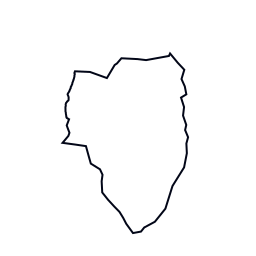 outline of Zereg, Hovd, Mongolia, rotated 33°
{"feature_id": "93677404B75624012027982", "entity_name": "Zereg", "entity_type": "district", "adm_level": 2, "iso_a3": "MNG", "parent_name": "Mongolia", "parent_adm1": "Hovd", "projection": "mercator", "projection_center": [92.604, 47.134], "detail": "fine", "context": "isolated", "style": "outline", "palette": "ink", "viewbox_px": 256, "rotation_deg": 33, "n_neighbors": 0, "source": "geoboundaries", "source_scale": "gbopen_adm2", "svg_char_len": 1634}
<svg xmlns="http://www.w3.org/2000/svg" viewBox="0 0 256 256"><g transform="rotate(33 128 128)"><path d="M122.7,42.6L123.1,45.3L106.2,61.2L98.5,65.0L84.5,73.1L83.6,79.9L82.5,82.4L83.1,97.6L65.6,101.7L52.7,109.3L52.8,109.6L52.8,110.0L53.0,110.5L53.0,110.9L53.2,111.2L53.4,111.4L53.9,111.6L54.0,111.7L54.2,112.3L54.4,113.0L54.7,113.5L55.1,114.1L55.4,115.1L55.7,116.0L55.9,116.5L55.9,117.1L56.2,117.6L56.3,118.2L56.4,118.7L56.5,119.1L56.6,119.4L56.7,120.2L56.8,120.5L57.1,121.1L57.3,121.5L57.4,122.2L57.5,123.2L57.7,123.9L57.7,124.9L58.0,125.4L58.3,126.0L58.3,127.2L58.5,127.6L58.5,128.3L58.6,128.7L58.8,129.1L58.8,129.5L58.8,129.8L58.8,130.3L58.8,131.0L58.8,131.8L58.9,132.3L59.1,132.8L59.7,133.2L60.3,133.6L61.2,134.3L61.5,134.6L62.5,136.2L62.9,136.9L63.0,137.4L62.9,137.8L62.7,138.2L62.6,138.6L62.5,139.0L62.5,139.5L62.6,139.9L62.5,140.3L62.4,140.7L62.7,141.7L63.0,142.4L63.5,142.9L63.9,143.7L64.0,144.2L64.2,144.6L65.6,146.7L66.6,148.2L67.5,149.0L68.2,150.0L69.4,151.2L69.7,151.7L70.1,152.0L70.3,152.3L70.6,152.6L70.8,152.6L70.9,152.8L71.2,152.9L72.0,152.9L72.3,152.9L72.6,152.9L72.8,152.8L73.1,152.9L73.3,152.9L73.8,152.8L75.2,159.2L76.9,160.5L81.5,163.9L82.3,167.1L81.2,176.1L92.6,170.7L102.6,166.1L110.7,173.3L116.2,178.1L127.0,177.9L132.1,181.1L134.9,187.0L141.5,196.1L150.5,199.1L159.1,201.3L166.6,203.0L172.9,206.0L178.7,209.3L189.4,213.4L195.3,207.8L195.8,202.6L201.6,192.0L203.3,175.3L196.9,152.4L196.5,130.5L191.1,117.1L185.4,109.2L183.4,103.0L177.0,98.6L175.2,93.7L167.4,87.6L163.6,79.9L155.9,73.6L158.6,68.0L153.0,62.2L146.2,57.8L143.5,48.5L134.2,46.2L122.7,42.6Z" fill="none" stroke="#020617" stroke-width="2"/></g></svg>